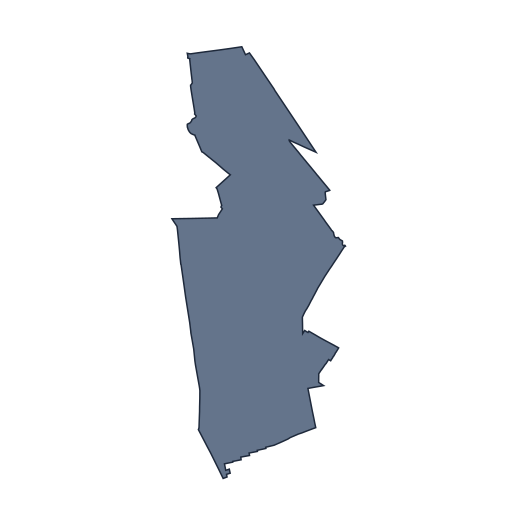 the district of Livezile, Timis, Romania, rotated 349°
{"feature_id": "2599482B86518739037606", "entity_name": "Livezile", "entity_type": "district", "adm_level": 2, "iso_a3": "ROU", "parent_name": "Romania", "parent_adm1": "Timis", "projection": "albers", "projection_center": [21.055, 45.391], "detail": "fine", "context": "isolated", "style": "filled", "palette": "slate", "viewbox_px": 512, "rotation_deg": 349, "n_neighbors": 0, "source": "geoboundaries", "source_scale": "gbopen_adm2", "svg_char_len": 4714}
<svg xmlns="http://www.w3.org/2000/svg" viewBox="0 0 512 512"><g transform="rotate(349 256 256)"><path d="M334.7,165.6L322.1,135.3L306.4,97.9L306.2,97.5L305.6,95.5L299.7,81.7L292.1,63.8L292.0,63.5L288.3,55.4L284.1,56.4L282.0,47.9L270.9,47.4L259.7,46.8L245.3,45.9L236.8,45.4L230.6,45.1L229.7,44.9L228.6,44.5L227.2,43.9L227.2,47.2L227.0,47.6L226.9,48.0L226.8,48.3L226.8,48.7L228.5,49.6L228.4,49.7L228.4,50.8L227.7,58.9L227.4,62.5L227.2,65.0L227.0,67.9L226.8,70.3L226.8,71.1L226.5,74.0L225.9,74.5L225.5,75.0L225.0,75.5L224.4,75.8L224.4,76.0L224.2,76.6L224.0,79.7L223.8,85.7L223.4,99.6L223.2,104.0L222.8,104.9L223.4,105.9L223.9,106.9L224.0,107.1L223.8,107.6L223.3,108.2L222.7,108.6L222.0,108.9L221.3,109.0L220.6,109.2L219.8,109.5L219.3,109.9L218.9,110.2L218.8,110.5L218.7,110.9L218.1,111.5L217.5,112.1L216.6,112.7L216.3,112.9L215.8,113.1L215.4,113.1L215.0,113.1L214.5,113.3L214.1,113.4L213.7,113.6L213.6,113.9L213.4,114.9L213.3,115.7L213.2,116.5L213.3,117.0L213.4,117.5L213.4,118.0L213.5,118.7L213.6,119.3L213.9,120.2L214.3,121.3L214.6,121.9L215.1,122.7L215.6,123.4L216.1,123.8L216.5,124.1L217.8,125.0L219.2,125.8L219.1,126.3L221.6,137.9L222.7,143.4L223.9,144.3L228.9,150.3L234.4,156.8L237.4,160.6L240.5,164.6L244.6,169.5L246.3,171.4L229.9,181.3L230.6,182.8L231.1,187.5L231.7,196.2L232.0,199.9L231.6,200.2L230.9,201.3L232.0,203.3L227.2,208.2L225.2,211.2L217.5,209.9L210.6,208.7L200.2,206.9L180.6,203.4L180.8,204.0L184.1,211.8L183.9,215.3L183.3,221.9L182.7,228.5L182.4,231.6L181.9,236.6L181.2,242.8L180.9,246.5L180.6,249.8L180.8,250.1L180.2,262.1L179.7,271.9L179.1,282.8L178.2,309.0L177.5,318.6L177.4,318.8L177.3,325.7L177.1,335.6L176.0,347.3L175.8,351.4L175.7,358.4L175.6,364.2L175.5,372.4L175.4,375.2L175.2,377.6L174.8,379.5L173.7,385.0L171.9,393.1L170.9,398.0L169.8,402.7L169.3,404.9L168.4,408.8L167.4,413.2L167.0,414.3L166.5,415.1L166.3,415.4L167.8,420.4L169.9,427.5L171.7,433.6L173.7,440.1L174.1,441.5L175.6,447.0L177.1,452.5L178.6,457.9L179.9,462.8L181.1,467.3L181.3,468.1L185.4,467.4L185.4,466.1L185.4,464.7L189.2,464.3L189.1,460.1L187.8,460.3L185.4,460.6L185.4,457.2L185.4,454.0L193.9,453.9L194.0,453.2L202.5,453.2L202.7,450.5L211.6,450.6L211.6,448.1L220.1,448.1L220.1,447.0L229.0,446.8L229.0,445.6L237.7,445.2L247.4,443.0L252.7,441.7L254.8,440.8L263.4,438.9L267.4,438.4L271.2,437.7L278.7,436.4L281.9,435.9L281.8,430.9L281.8,429.2L281.8,426.2L281.7,419.0L281.7,411.7L281.7,401.8L281.7,397.8L281.7,396.8L281.7,395.9L281.9,395.9L282.9,395.9L283.0,395.9L283.9,395.9L284.9,395.9L290.3,396.0L295.2,396.1L296.2,396.1L297.0,396.1L297.6,396.1L293.4,392.1L294.3,387.6L294.7,385.8L295.1,383.6L298.7,379.9L298.8,380.0L303.3,375.6L304.3,374.9L307.5,371.5L309.3,373.1L310.2,372.1L311.5,370.8L311.6,370.7L311.9,370.4L312.2,370.0L312.6,369.5L312.8,369.3L313.2,369.1L313.7,368.5L314.5,367.6L315.1,366.9L315.2,366.6L315.4,366.3L315.6,366.2L315.9,365.9L316.1,365.8L316.2,365.7L317.4,364.4L319.6,362.0L319.0,361.4L307.9,352.3L304.9,349.8L303.7,348.8L301.6,347.0L300.5,346.0L300.3,345.8L298.8,344.5L296.6,342.6L293.5,339.9L292.4,341.0L290.5,339.3L289.6,338.4L289.2,338.8L287.3,340.8L287.0,341.1L287.8,336.6L288.0,335.4L288.3,333.8L288.9,330.4L289.4,327.4L289.7,325.8L289.7,325.6L289.9,324.8L290.4,324.1L290.8,323.6L291.7,322.3L292.6,321.1L294.1,319.2L295.8,317.5L296.9,316.2L298.4,314.5L299.7,312.8L300.1,312.3L301.5,310.5L301.9,310.0L302.6,309.2L303.0,308.8L304.5,306.8L306.5,304.4L307.2,303.5L309.3,300.9L310.5,299.3L312.9,296.7L319.6,289.2L322.8,285.9L325.9,282.7L327.9,280.8L330.8,277.8L332.6,276.0L334.7,273.9L336.5,272.0L338.2,270.3L339.8,268.6L341.5,266.8L343.2,265.1L344.1,264.1L345.3,263.5L345.7,263.4L345.4,262.6L345.0,262.4L344.2,262.5L343.8,262.5L343.6,262.3L343.3,261.9L343.1,261.4L343.1,260.6L343.3,259.7L343.4,259.4L343.6,259.1L343.7,257.7L342.3,256.5L341.5,255.8L341.0,254.9L340.4,253.6L339.4,253.5L337.9,253.4L337.4,252.9L337.1,252.5L337.0,252.1L336.9,251.9L336.7,251.4L336.6,251.0L336.6,250.8L336.6,250.1L336.5,249.1L336.6,248.0L336.5,247.6L336.2,246.9L336.0,246.5L335.6,245.8L335.3,245.5L335.1,245.4L334.6,243.9L334.3,243.3L332.9,240.3L330.9,236.1L329.6,233.1L328.1,229.9L326.3,226.0L324.3,221.7L322.2,217.1L328.4,217.5L330.4,217.7L331.4,217.6L333.7,215.7L335.4,214.1L335.7,210.2L336.0,206.9L336.4,206.2L340.8,205.7L341.0,205.6L337.3,198.8L334.4,193.5L332.0,189.0L331.8,188.8L329.5,184.4L327.9,181.5L326.8,179.4L325.2,176.5L324.2,174.7L323.9,174.2L322.5,171.5L321.9,170.5L320.4,167.7L319.1,165.4L318.2,163.6L317.1,161.5L316.0,159.6L315.4,158.4L314.0,155.9L313.3,154.6L313.0,154.1L312.8,153.7L311.7,151.6L311.3,150.9L311.1,150.3L310.9,150.0L310.9,149.9L310.7,149.4L310.6,148.9L310.6,148.7L310.7,148.4L314.9,151.6L319.2,154.6L323.7,157.9L334.7,165.6Z" fill="#64748b" stroke="#1e293b" stroke-width="1.5"/></g></svg>